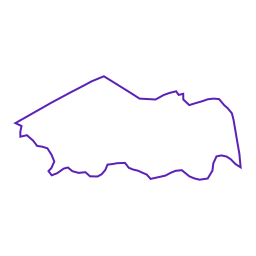 Salgadinho, Pernambuco, Brazil (Robinson projection)
{"feature_id": "56859067B89944489210843", "entity_name": "Salgadinho", "entity_type": "district", "adm_level": 2, "iso_a3": "BRA", "parent_name": "Brazil", "parent_adm1": "Pernambuco", "projection": "robinson", "projection_center": [-35.592, -7.913], "detail": "fine", "context": "isolated", "style": "outline", "palette": "violet", "viewbox_px": 256, "rotation_deg": 0, "n_neighbors": 0, "source": "geoboundaries", "source_scale": "gbopen_adm2", "svg_char_len": 1031}
<svg xmlns="http://www.w3.org/2000/svg" viewBox="0 0 256 256"><path d="M15.4,123.1L21.5,126.0L20.3,131.9L20.4,136.7L26.9,135.2L33.1,140.6L37.1,145.9L42.3,146.7L47.4,148.3L51.5,154.7L54.3,161.5L51.4,168.0L48.5,171.1L51.7,175.3L57.0,173.3L63.7,168.6L67.9,167.5L72.4,171.2L78.6,172.9L85.4,172.2L90.0,176.3L97.6,176.5L101.7,174.2L105.3,170.0L107.5,164.6L112.1,164.1L117.0,163.2L125.0,162.9L128.8,167.8L133.0,169.5L138.0,170.7L141.9,172.5L146.8,174.6L150.6,178.9L160.5,176.7L165.4,175.6L170.7,172.8L175.6,170.8L181.8,170.2L189.3,176.3L194.3,178.4L199.6,179.7L207.7,178.5L212.4,170.7L213.3,163.4L216.5,156.4L221.4,155.4L226.7,156.6L230.8,159.3L235.5,164.1L240.6,167.3L239.4,154.0L236.7,138.4L233.6,120.1L231.9,113.4L227.8,108.3L224.2,105.2L219.1,99.1L213.7,98.6L207.7,99.3L202.0,101.3L196.0,103.0L189.3,105.1L183.3,99.5L183.2,93.8L178.7,94.9L176.1,91.3L169.3,93.0L163.7,95.0L155.6,99.5L139.5,98.6L130.8,93.0L108.3,79.0L103.9,76.3L91.9,81.2L84.6,85.1L69.4,93.0L51.0,102.9L15.4,123.1Z" fill="none" stroke="#5b21b6" stroke-width="2"/></svg>